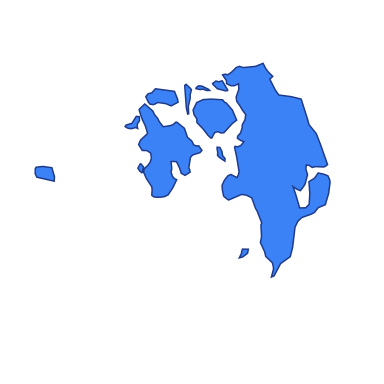 the border of Denmark, rotated 157°
{"feature_id": "DNK", "entity_name": "Denmark", "entity_type": "country or territory", "adm_level": 0, "iso_a3": "DNK", "parent_name": "Europe", "parent_adm1": "", "projection": "mercator", "projection_center": [10.731, 56.183], "detail": "fine", "context": "isolated", "style": "filled", "palette": "blue", "viewbox_px": 384, "rotation_deg": 157, "n_neighbors": 0, "source": "natural_earth", "source_scale": "50m", "svg_char_len": 3691}
<svg xmlns="http://www.w3.org/2000/svg" viewBox="0 0 384 384"><g transform="rotate(157 192 192)"><path d="M118.1,287.9L117.5,287.9L115.0,287.3L113.3,285.9L108.7,286.9L102.6,289.3L99.2,289.1L96.4,286.6L85.4,283.1L83.6,282.8L76.3,282.7L75.9,277.0L75.0,273.0L72.5,266.9L76.3,265.4L75.5,253.6L74.2,247.4L63.6,241.1L55.2,234.9L57.2,213.9L58.0,208.3L54.8,197.2L55.2,184.5L56.5,164.3L59.1,163.5L61.1,163.6L68.6,167.2L71.7,167.6L73.8,170.8L76.3,172.1L78.2,168.7L78.9,162.8L84.8,155.1L89.0,152.3L91.8,150.9L94.7,154.0L96.9,157.5L97.4,149.9L99.1,135.3L93.5,133.0L88.9,135.0L84.3,144.3L80.3,155.8L73.7,156.9L68.4,160.2L63.6,156.8L60.6,153.8L60.5,149.4L61.2,146.8L66.8,137.3L74.3,128.2L81.8,128.3L87.3,125.3L90.6,125.0L100.9,125.6L106.1,123.6L110.9,119.4L121.1,101.6L126.8,94.1L138.4,91.5L149.1,82.8L152.1,82.7L147.1,89.2L146.3,91.7L145.7,95.5L149.3,103.8L148.5,108.8L148.8,118.7L145.4,123.8L141.5,134.6L139.9,136.2L139.5,148.9L139.9,151.9L139.3,163.3L143.3,168.0L147.5,170.4L161.4,170.3L162.8,172.3L164.5,175.9L163.3,181.8L161.8,186.3L157.7,190.1L152.6,192.9L149.4,193.0L145.0,187.7L142.9,189.4L140.8,192.1L137.2,206.7L135.4,216.4L134.5,217.2L132.5,215.8L129.0,215.7L124.5,218.0L126.8,220.1L129.2,223.7L128.2,225.5L124.3,227.4L120.9,231.3L119.4,234.3L115.0,237.8L112.3,242.2L113.6,247.7L114.2,252.5L115.4,257.9L114.3,262.1L108.9,268.1L106.9,273.4L111.6,273.3L114.4,274.5L116.1,276.1L117.8,278.3L116.8,281.0L118.1,287.9ZM228.7,222.0L228.8,229.0L227.8,231.0L226.3,232.3L222.4,233.7L219.0,235.7L216.0,239.2L214.9,244.1L217.3,247.7L221.6,249.7L222.6,256.5L219.1,259.9L210.0,263.2L209.1,271.3L209.4,277.7L209.2,282.3L208.5,288.6L201.1,291.5L196.4,281.8L196.3,278.0L194.9,273.4L194.6,269.5L193.0,263.3L186.0,261.6L183.3,261.4L179.5,262.6L178.6,262.1L174.1,253.6L174.8,244.1L172.4,239.4L172.1,237.2L172.1,234.8L170.1,232.8L167.7,231.8L166.6,226.4L169.3,225.1L176.2,225.8L178.2,225.4L180.0,224.3L185.5,215.5L185.4,213.5L186.0,211.0L191.9,210.0L194.6,213.5L194.1,218.9L194.4,225.9L198.0,227.8L199.4,228.1L201.0,222.9L202.0,220.4L203.4,219.0L203.9,214.3L203.1,211.4L201.3,209.3L208.0,203.4L215.1,198.7L219.1,198.5L223.2,199.6L227.1,201.2L229.1,202.5L230.3,204.7L227.7,209.9L227.0,212.7L228.7,222.0ZM153.5,234.2L155.1,237.8L157.1,245.5L160.3,254.0L159.0,257.6L159.9,262.2L159.0,267.0L152.7,272.5L145.6,272.7L138.2,270.1L127.8,264.9L127.0,262.0L125.6,260.4L122.8,251.6L122.8,240.7L128.1,239.3L139.5,234.1L142.1,234.9L144.9,237.6L148.0,237.8L152.6,234.0L153.5,234.2ZM181.5,283.5L188.4,287.7L193.1,287.4L196.3,289.2L197.1,291.9L197.3,297.8L194.0,299.6L190.3,299.0L185.3,301.3L168.8,291.5L169.0,283.3L169.7,280.1L177.5,279.4L181.5,283.5ZM327.2,274.6L325.8,275.7L319.3,273.8L311.5,269.1L312.6,259.8L314.6,255.8L329.0,266.2L329.2,270.1L327.2,274.6ZM157.0,293.0L155.3,293.4L152.9,287.9L152.6,286.2L155.4,282.7L157.2,278.7L161.8,272.5L164.5,265.3L165.5,265.4L164.3,271.8L158.2,289.7L157.0,293.0ZM130.7,283.8L126.6,284.8L124.5,283.1L120.7,282.5L119.3,272.0L119.7,271.4L121.7,272.1L128.2,277.0L130.5,282.3L130.7,283.8ZM228.0,278.4L226.5,279.4L220.5,278.7L213.7,283.4L211.1,281.9L212.1,278.9L212.8,277.8L215.1,276.5L216.6,274.6L217.2,271.7L218.6,273.3L222.8,273.9L224.9,274.9L226.6,276.3L228.0,278.4ZM152.0,222.2L151.4,223.4L148.9,222.1L148.6,217.6L149.6,213.6L148.5,209.9L149.7,207.6L153.2,213.0L154.2,215.6L152.8,218.6L152.0,222.2ZM169.4,118.0L167.8,119.7L162.5,117.3L164.8,113.9L170.7,112.4L174.2,112.9L170.4,116.2L169.4,118.0ZM147.2,286.5L144.6,287.2L141.6,285.7L136.7,280.1L136.1,278.6L138.7,279.6L141.9,282.5L144.5,283.1L148.0,285.6L147.2,286.5ZM232.5,235.1L228.8,238.0L228.0,237.9L226.8,233.9L228.8,231.4L229.9,229.3L230.7,229.4L231.9,231.6L232.5,235.1Z" fill="#3b82f6" stroke="#1e3a8a" stroke-width="1.5"/></g></svg>